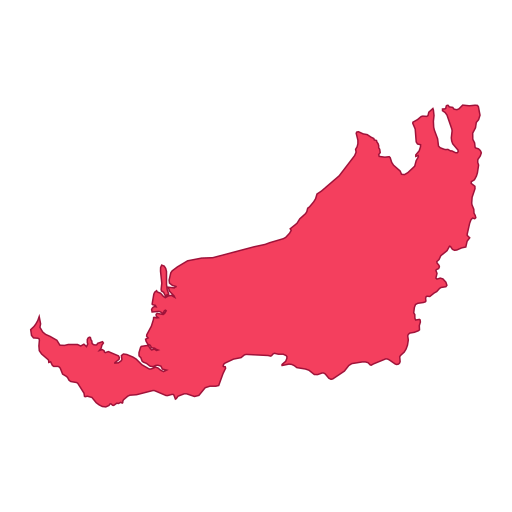 the border of Sarawak
{"feature_id": "MYS-1187", "entity_name": "Sarawak", "entity_type": "State", "adm_level": 1, "iso_a3": "MYS", "parent_name": "Malaysia", "parent_adm1": "", "projection": "mercator", "projection_center": [112.841, 2.907], "detail": "fine", "context": "isolated", "style": "filled", "palette": "rose", "viewbox_px": 512, "rotation_deg": 0, "n_neighbors": 0, "source": "natural_earth", "source_scale": "10m", "svg_char_len": 6070}
<svg xmlns="http://www.w3.org/2000/svg" viewBox="0 0 512 512"><path d="M457.2,152.8L458.2,151.6L458.0,150.1L452.7,143.8L451.7,141.0L451.3,137.9L452.1,130.8L451.8,129.0L447.0,115.1L445.1,112.5L442.5,110.7L442.5,109.0L444.8,108.9L445.7,108.4L446.3,105.9L447.2,105.3L448.2,105.4L449.3,106.9L452.7,107.4L454.1,109.2L456.9,109.7L458.9,108.9L462.7,105.1L469.4,105.8L475.1,105.2L477.4,105.4L478.4,106.7L480.0,115.2L478.6,119.7L476.3,122.4L475.5,127.8L472.7,133.1L472.8,139.3L474.6,142.9L475.1,147.3L475.5,147.9L478.4,148.8L479.7,149.9L480.7,151.2L481.3,152.9L480.3,155.9L477.8,159.6L477.7,162.4L478.6,165.1L477.4,172.9L476.4,176.1L474.4,179.8L471.3,181.7L471.2,183.4L474.9,186.3L475.0,188.7L472.1,197.3L471.7,203.1L472.0,204.9L473.8,209.3L474.0,213.2L475.2,215.4L475.8,217.7L474.7,218.7L472.6,218.1L471.0,219.7L469.7,223.1L467.2,234.1L467.2,235.4L469.7,237.8L467.1,241.2L465.8,247.0L461.6,247.9L456.8,250.0L454.5,250.3L452.4,249.3L450.5,246.5L449.5,246.2L447.0,250.7L440.8,255.7L439.0,259.6L436.8,261.6L437.0,262.9L439.0,265.4L439.4,266.8L438.6,268.6L436.4,269.6L435.9,270.5L437.0,273.4L435.9,278.0L437.0,279.1L440.2,278.1L442.9,278.9L445.9,282.2L446.9,285.3L445.9,286.7L441.0,287.5L439.5,288.5L436.7,291.6L434.3,292.9L429.8,296.5L427.0,296.2L426.1,296.7L425.6,298.3L425.9,301.0L425.4,301.8L423.4,302.5L417.8,303.3L415.5,304.5L414.4,307.4L413.7,312.8L414.8,314.6L414.9,318.4L415.7,320.0L419.4,319.4L420.1,319.9L420.4,322.0L419.3,325.6L419.5,329.8L418.5,330.7L414.4,332.3L409.7,333.1L408.3,334.4L407.7,335.8L408.3,340.0L407.5,345.1L406.1,349.0L404.2,352.1L400.6,355.4L399.7,356.7L400.1,361.6L399.6,363.0L398.5,364.1L396.7,364.5L395.2,364.0L389.3,359.9L387.7,359.1L385.9,358.8L373.5,363.9L371.2,365.2L370.2,364.9L368.1,362.7L365.4,361.9L362.4,361.9L351.8,363.6L348.8,365.5L344.4,371.1L332.8,378.9L331.0,379.3L328.9,378.3L325.2,373.9L323.6,373.0L322.1,373.0L317.6,374.6L314.3,374.5L308.9,370.2L305.4,369.0L296.8,367.6L294.4,365.7L291.7,364.4L288.9,364.1L282.1,365.5L281.9,365.0L282.3,364.2L285.7,361.3L286.9,358.3L286.9,356.6L286.2,355.6L283.2,354.2L278.4,354.2L274.5,353.3L273.2,353.8L271.5,355.7L270.6,356.1L268.2,355.5L246.3,354.4L244.5,354.8L241.1,357.6L233.5,359.1L225.0,363.1L223.7,364.2L223.1,366.0L223.5,366.6L225.2,366.7L225.6,368.2L223.0,373.6L218.7,385.5L215.8,386.2L209.9,386.2L205.2,387.7L198.9,395.4L194.5,396.5L186.6,393.8L184.2,393.8L178.0,396.2L176.3,398.6L175.4,399.1L173.9,395.1L173.1,394.4L171.9,394.4L167.5,395.6L166.0,395.5L154.5,390.6L153.0,390.5L136.6,394.7L129.8,395.2L127.7,396.2L123.6,399.7L122.9,400.8L122.7,402.7L122.2,403.1L120.8,402.3L118.4,403.5L116.8,403.2L113.7,405.4L112.7,405.3L111.0,403.9L110.2,403.8L108.9,405.5L105.8,406.9L102.3,406.5L99.0,404.8L96.2,402.7L91.9,397.4L87.3,396.2L85.2,396.7L84.5,396.4L84.0,393.2L77.7,383.2L76.4,382.5L70.7,381.5L69.0,380.2L67.5,377.4L66.1,376.2L62.6,374.1L60.3,368.3L59.4,367.1L58.0,366.4L53.7,366.4L52.4,365.4L50.6,361.8L48.8,362.4L48.6,360.4L48.1,359.6L41.6,354.0L39.3,350.7L38.9,345.9L39.4,340.1L39.0,338.7L37.7,338.2L33.5,337.9L31.5,335.4L30.7,329.6L34.0,326.5L35.9,323.9L37.8,320.5L39.2,316.6L40.6,323.9L39.9,327.3L42.7,332.0L45.6,334.4L50.1,336.4L56.9,340.3L59.9,345.2L64.6,345.4L68.2,344.5L77.5,344.5L80.7,346.0L83.9,344.2L86.5,346.6L87.8,344.0L87.3,342.5L87.3,339.5L88.2,337.9L89.4,337.2L90.4,337.5L90.9,339.7L91.8,341.0L92.1,343.5L93.8,344.8L96.1,345.0L96.8,344.7L97.7,343.3L102.5,341.7L103.4,343.0L101.9,345.2L101.1,348.3L99.4,350.5L102.3,349.6L104.1,350.8L104.5,352.2L105.4,352.6L108.4,351.6L118.5,355.9L119.4,357.6L119.0,359.4L114.9,362.6L114.9,363.1L118.4,362.8L121.2,360.8L121.9,359.5L121.4,355.6L123.4,354.0L126.8,354.5L133.0,357.1L136.2,359.1L141.8,364.7L148.9,368.8L149.9,369.1L151.6,368.8L155.6,367.1L158.0,368.0L160.6,370.2L163.5,371.6L166.6,370.1L162.4,369.1L160.9,366.1L157.7,365.2L155.7,365.4L153.1,366.6L150.1,366.2L146.5,363.4L143.3,362.1L142.1,361.1L140.8,357.6L139.3,356.2L139.0,355.3L139.0,352.6L140.6,347.3L141.3,346.4L147.1,345.5L148.6,346.0L150.5,349.0L151.7,350.0L154.3,349.1L156.5,350.5L158.1,350.0L156.0,349.2L154.7,348.2L151.2,347.7L151.1,346.8L150.1,345.2L147.8,344.2L146.1,341.3L145.6,339.2L148.1,337.9L146.6,336.2L146.8,334.7L151.4,326.1L153.5,319.3L153.6,317.6L154.0,317.3L156.4,317.9L158.2,317.7L156.3,316.1L156.1,314.4L157.1,313.4L163.2,314.5L164.7,313.3L166.2,310.8L165.6,310.2L164.7,310.5L164.0,311.3L163.4,313.1L162.7,313.2L159.9,311.6L158.4,311.4L152.1,312.0L151.6,309.6L152.1,308.4L153.2,307.2L154.7,306.5L156.1,306.8L155.4,305.4L152.7,304.7L152.1,304.1L153.8,294.2L154.7,292.2L156.6,290.7L157.2,291.9L160.6,293.3L163.3,296.3L165.3,297.7L168.2,296.0L171.4,295.4L174.7,297.3L174.1,296.0L169.6,291.3L168.2,287.2L174.3,287.9L175.7,286.7L176.7,286.7L172.4,285.4L169.5,283.1L169.1,280.2L170.8,272.8L172.1,270.9L177.4,266.9L187.6,260.8L201.6,258.1L212.8,257.7L254.0,246.8L265.2,244.4L269.7,242.7L283.3,238.7L285.7,237.4L289.6,233.2L291.2,230.4L290.2,228.8L297.0,223.3L299.8,218.8L305.5,213.7L306.8,211.7L307.7,208.2L309.5,206.9L313.8,201.7L315.6,198.7L317.0,194.0L321.4,191.1L339.2,175.8L354.6,155.7L356.1,152.2L355.6,149.3L357.1,146.8L357.9,143.7L357.9,140.2L356.2,133.3L356.7,132.1L358.4,131.7L363.2,133.9L367.2,134.6L371.1,137.2L373.8,138.5L374.3,140.0L376.5,140.5L376.9,142.0L378.1,143.7L378.7,145.7L378.7,147.8L379.7,149.3L380.2,152.6L378.7,154.6L379.2,156.4L384.9,157.2L389.2,156.7L390.2,157.7L391.7,162.4L393.5,165.2L400.2,171.1L401.5,174.3L404.5,174.6L407.9,172.6L414.7,166.2L416.2,160.6L418.4,156.8L418.1,155.5L415.8,156.4L415.8,154.9L419.2,150.8L420.5,146.8L420.6,144.7L417.5,144.0L416.2,141.9L415.2,129.0L412.8,123.4L412.9,122.2L417.5,119.6L421.2,116.5L422.8,116.1L426.8,116.4L428.0,115.6L428.8,112.2L432.9,108.5L433.4,110.0L434.0,115.5L433.4,121.3L433.7,127.3L434.4,130.2L437.6,138.8L438.5,146.1L440.1,147.7L444.2,149.3L445.8,149.6L447.9,149.4L450.5,150.9L451.9,150.9L455.5,152.7L457.2,152.8ZM168.7,294.0L168.6,295.4L167.2,294.6L165.6,296.3L163.6,292.3L161.5,291.0L161.1,289.5L161.8,283.3L160.5,271.1L160.6,267.5L161.7,265.1L164.2,266.1L165.7,268.4L166.5,271.5L166.5,284.3L167.2,289.7L168.7,294.0Z" fill="#f43f5e" stroke="#9f1239" stroke-width="1.5"/></svg>